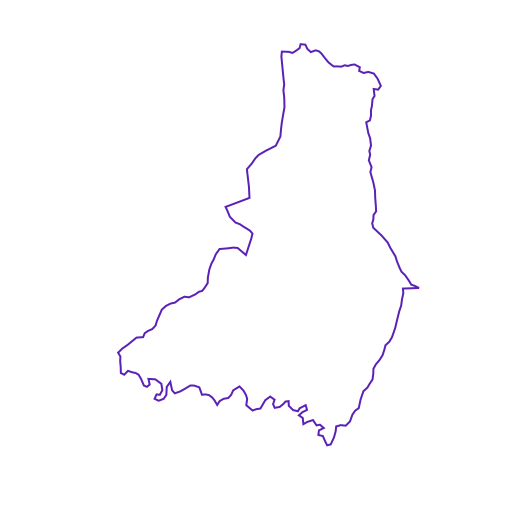 the district of Astorga, Paraná, Brazil, rotated 349°
{"feature_id": "56859067B33655617735681", "entity_name": "Astorga", "entity_type": "district", "adm_level": 2, "iso_a3": "BRA", "parent_name": "Brazil", "parent_adm1": "Paraná", "projection": "natural_earth1", "projection_center": [-51.712, -23.236], "detail": "fine", "context": "isolated", "style": "outline", "palette": "violet", "viewbox_px": 512, "rotation_deg": 349, "n_neighbors": 0, "source": "geoboundaries", "source_scale": "gbopen_adm2", "svg_char_len": 3087}
<svg xmlns="http://www.w3.org/2000/svg" viewBox="0 0 512 512"><g transform="rotate(349 256 256)"><path d="M407.7,116.0L411.0,112.8L409.2,105.2L406.5,99.4L401.3,96.7L396.6,96.9L392.6,94.0L393.9,90.5L389.3,86.8L386.1,86.6L382.4,87.0L379.5,85.7L376.0,86.4L372.4,85.5L368.3,84.7L364.1,79.8L361.0,74.1L359.0,70.0L356.9,67.1L353.7,65.5L348.7,66.3L345.9,62.4L344.8,58.0L340.2,56.6L338.4,60.3L333.8,62.4L330.6,63.6L327.0,61.8L320.4,60.3L319.0,65.0L317.3,82.4L316.8,88.0L316.4,93.1L314.5,98.6L314.1,104.3L313.5,108.7L312.3,115.5L309.7,122.2L306.9,129.7L305.1,135.2L302.7,143.4L299.3,147.8L296.5,151.5L285.9,154.5L277.8,157.3L274.0,160.0L269.2,164.7L263.6,169.1L262.3,186.5L260.7,197.7L235.5,202.0L236.7,206.9L237.8,212.5L242.2,219.2L246.2,221.7L249.4,224.9L252.2,227.4L255.1,230.2L256.8,233.4L254.8,237.8L246.3,253.1L239.5,244.6L235.2,243.4L229.8,243.1L221.5,242.2L216.8,246.7L213.9,251.2L210.8,254.9L207.6,260.4L204.7,267.8L203.4,273.4L199.2,277.7L196.4,280.0L193.2,280.2L189.1,282.1L182.4,283.8L178.0,282.3L172.5,283.8L167.6,286.3L163.1,286.4L158.1,287.8L153.3,290.7L150.3,295.1L146.3,300.9L144.2,305.0L140.3,307.9L135.5,309.0L132.0,310.6L129.7,314.1L123.1,313.3L117.7,316.2L113.5,318.5L107.2,321.3L102.2,324.6L103.7,328.8L102.6,333.3L102.0,339.3L101.0,345.1L104.0,347.4L108.4,344.3L112.0,346.4L115.4,347.8L118.1,350.1L119.8,355.0L121.2,361.7L124.0,363.6L127.1,361.9L127.0,356.1L133.7,357.9L138.7,363.4L138.5,369.8L135.1,373.9L132.0,372.9L129.2,376.8L132.8,379.5L138.1,378.6L141.5,375.2L143.4,367.5L147.9,363.2L148.0,371.8L150.1,375.3L155.7,374.5L160.5,372.9L166.9,370.6L170.6,371.4L175.3,374.1L176.5,381.9L179.8,382.2L183.1,383.4L186.0,386.5L187.7,389.7L189.5,394.8L192.6,391.5L196.9,390.0L201.6,390.1L205.1,387.6L208.0,383.5L214.9,380.9L218.0,385.7L219.6,390.4L220.1,394.4L218.0,400.6L223.1,407.0L227.4,406.4L231.2,406.6L237.6,399.3L243.1,396.7L246.8,400.6L244.5,404.7L245.4,408.6L250.4,408.7L254.4,406.6L257.2,404.5L260.3,404.7L259.6,409.3L263.0,414.3L267.5,416.4L269.8,413.8L276.3,411.9L276.7,416.8L271.7,418.2L267.7,420.6L271.0,423.9L270.4,430.1L274.5,428.7L280.6,427.9L283.1,433.8L286.6,433.8L289.7,437.8L284.5,439.2L283.1,443.6L287.3,445.5L288.5,451.0L289.7,455.4L293.4,455.2L297.9,449.0L300.7,443.4L302.2,438.6L306.9,438.2L311.7,439.7L316.7,436.3L320.4,430.1L323.9,426.7L327.8,425.0L331.3,416.8L335.6,409.3L340.3,406.4L343.1,403.2L346.8,399.5L348.7,393.9L349.7,389.2L353.0,385.2L357.6,381.5L361.4,377.4L364.0,372.7L366.1,368.3L370.5,365.6L373.8,361.9L376.5,357.4L379.1,352.8L381.7,347.0L386.2,337.3L389.0,332.5L391.0,326.5L393.5,320.7L394.0,316.0L409.9,318.5L406.1,315.6L402.9,313.7L401.4,309.4L398.7,303.3L395.8,299.2L394.7,295.0L393.3,287.8L392.8,282.9L389.3,273.4L387.9,268.0L383.2,259.9L376.5,250.6L376.3,246.0L378.1,242.7L379.2,238.2L382.4,235.1L383.2,229.8L384.1,221.7L385.3,214.4L385.2,205.9L384.7,200.5L384.3,195.4L386.4,190.8L385.0,183.6L387.4,178.4L387.3,174.5L390.0,169.5L390.5,162.1L389.7,156.9L389.7,151.5L389.7,145.8L393.7,144.6L395.7,140.1L396.6,135.0L398.4,130.9L400.3,124.3L402.9,121.5L403.4,114.5L407.7,116.0Z" fill="none" stroke="#5b21b6" stroke-width="2"/></g></svg>